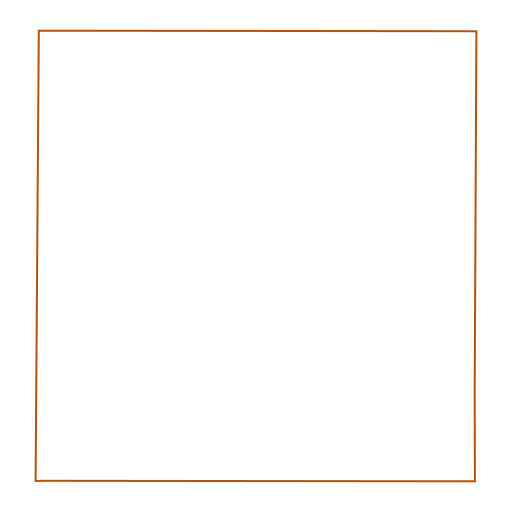 outline of Osborne, Kansas, United States of America
{"feature_id": "52423323B57783119458523", "entity_name": "Osborne", "entity_type": "district", "adm_level": 2, "iso_a3": "USA", "parent_name": "United States of America", "parent_adm1": "Kansas", "projection": "equal_earth", "projection_center": [-98.768, 39.35], "detail": "fine", "context": "isolated", "style": "outline", "palette": "amber", "viewbox_px": 512, "rotation_deg": 0, "n_neighbors": 0, "source": "geoboundaries", "source_scale": "gbopen_adm2", "svg_char_len": 215}
<svg xmlns="http://www.w3.org/2000/svg" viewBox="0 0 512 512"><path d="M38.8,30.7L35.6,481.0L43.6,480.8L474.9,481.3L474.7,391.0L476.4,31.3L462.3,31.2L38.8,30.7Z" fill="none" stroke="#b45309" stroke-width="2"/></svg>